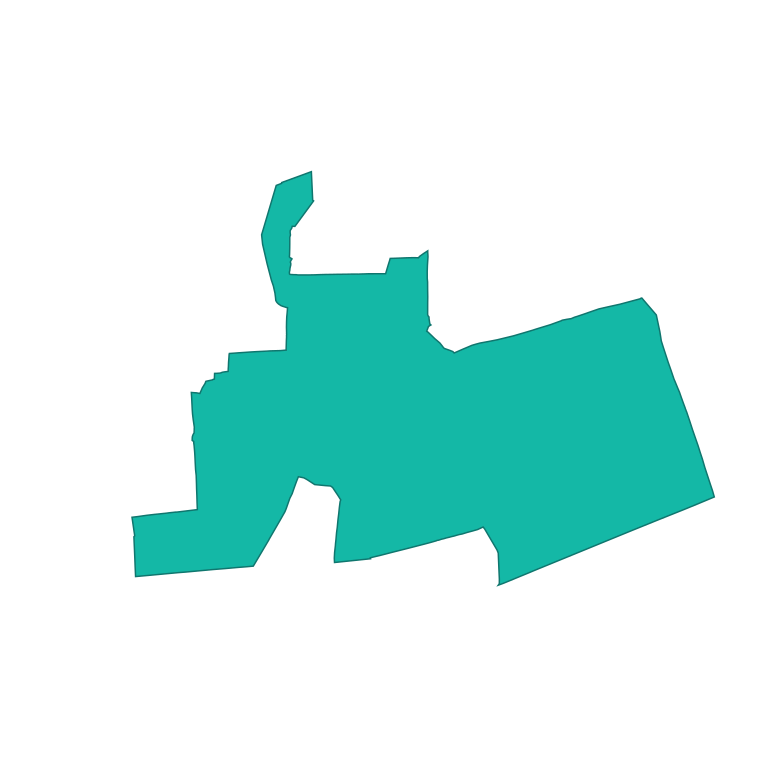 the district of Teoloyucan, México, Mexico, rotated 75°
{"feature_id": "50627088B68234574802161", "entity_name": "Teoloyucan", "entity_type": "district", "adm_level": 2, "iso_a3": "MEX", "parent_name": "Mexico", "parent_adm1": "México", "projection": "equal_earth", "projection_center": [-99.177, 19.758], "detail": "fine", "context": "isolated", "style": "filled", "palette": "teal", "viewbox_px": 768, "rotation_deg": 75, "n_neighbors": 0, "source": "geoboundaries", "source_scale": "gbopen_adm2", "svg_char_len": 5072}
<svg xmlns="http://www.w3.org/2000/svg" viewBox="0 0 768 768"><g transform="rotate(75 384 384)"><path d="M254.4,465.9L260.7,465.5L265.4,465.7L267.9,465.8L272.3,466.4L275.2,466.9L276.7,466.6L277.9,466.1L279.4,465.2L281.1,463.7L281.4,463.5L282.7,461.8L283.3,460.8L284.9,458.4L285.3,457.4L290.1,459.1L294.1,460.6L298.6,462.0L303.8,463.5L304.2,463.6L306.7,464.2L308.3,464.6L309.6,464.9L310.1,465.1L310.6,465.1L312.2,465.7L313.2,465.9L316.6,467.0L326.0,469.8L325.7,471.1L324.9,475.6L322.9,484.0L322.4,486.2L322.0,488.3L321.7,489.7L321.3,491.6L319.8,498.5L318.6,504.3L317.6,509.5L317.4,510.5L316.1,517.1L315.4,520.9L314.5,525.5L315.5,526.0L318.5,527.0L322.7,528.5L326.9,529.8L329.2,530.6L330.7,531.0L331.5,531.3L331.1,534.2L330.9,536.0L330.8,537.5L331.0,538.2L331.0,539.7L330.4,542.8L329.9,544.9L335.4,546.6L335.3,547.8L335.6,548.6L335.6,549.1L335.3,555.3L336.2,556.1L336.6,556.1L339.9,559.6L340.5,560.3L345.5,564.3L344.1,567.2L343.2,569.8L342.3,572.3L347.8,573.4L353.3,574.6L358.8,575.8L363.4,576.7L369.0,577.5L376.6,578.4L378.4,579.0L378.6,579.0L382.1,580.1L382.7,580.8L383.7,581.7L385.0,582.6L386.2,583.1L387.5,583.5L388.9,583.9L390.2,582.7L392.1,583.1L393.1,583.2L394.5,583.4L400.7,584.5L404.2,585.2L410.6,586.6L418.1,588.2L423.8,589.1L432.0,591.0L436.5,592.1L443.2,593.6L449.9,595.2L456.5,596.7L457.0,596.8L457.0,597.0L456.0,604.0L455.0,611.0L454.0,618.0L453.9,618.0L453.8,618.3L453.5,620.4L452.9,624.2L452.6,626.4L452.4,628.0L451.9,631.0L451.5,633.7L450.5,639.8L449.4,647.4L448.3,656.4L447.5,661.9L466.2,664.1L466.8,665.1L469.0,665.6L475.3,667.0L481.6,668.4L487.9,669.8L496.2,671.7L505.7,673.8L507.8,661.7L509.1,654.1L510.4,646.5L511.7,638.9L513.0,631.3L514.4,623.8L515.7,616.2L517.0,608.6L517.4,606.3L518.9,597.5L521.0,586.1L521.2,585.0L523.4,572.4L524.8,564.9L526.1,557.4L515.6,546.6L504.7,535.5L504.4,535.3L490.0,520.9L481.8,512.8L479.2,510.8L470.1,504.6L466.2,501.1L461.0,497.6L455.7,493.9L451.4,490.7L453.9,485.7L456.6,482.9L463.2,477.0L467.0,466.9L467.1,466.6L468.7,462.0L470.7,460.4L474.3,459.2L479.8,457.3L484.7,455.8L486.4,456.9L491.5,459.0L497.3,461.2L503.0,463.5L510.5,466.3L515.3,468.3L522.2,470.8L525.5,472.1L527.8,472.9L533.9,475.3L539.4,477.1L543.6,478.0L548.7,446.1L549.3,442.2L548.7,442.2L548.3,442.2L548.6,430.6L548.7,419.0L548.9,405.6L549.0,396.2L549.1,384.6L549.1,380.1L549.0,374.3L549.0,374.0L548.8,373.5L549.0,371.5L548.8,368.9L548.9,366.1L548.8,363.5L548.9,360.8L548.9,358.0L549.0,355.5L548.9,352.7L548.9,350.2L549.1,347.3L549.0,344.6L548.9,342.1L548.9,339.5L548.9,336.3L548.8,331.2L547.8,325.3L550.0,324.3L573.5,317.8L576.8,317.4L602.4,323.1L606.7,324.3L607.9,325.7L607.4,320.2L605.9,308.7L604.9,301.1L603.9,293.3L603.0,286.8L599.7,260.9L596.4,235.1L593.1,209.3L589.8,183.5L586.3,155.2L582.9,126.8L580.8,110.5L578.6,94.2L572.3,94.3L565.8,94.7L558.5,95.1L547.8,95.7L543.3,95.8L538.7,95.9L531.8,96.3L524.8,96.6L516.6,97.2L508.4,97.8L498.8,98.3L489.2,98.9L488.1,99.1L487.4,99.1L486.0,99.3L485.1,99.3L479.9,99.8L474.0,100.3L468.4,100.7L464.2,101.3L456.4,102.3L454.6,102.6L445.4,103.2L441.4,103.5L436.3,103.9L426.7,104.4L421.1,104.7L414.1,105.0L409.6,104.5L404.7,104.0L397.0,103.6L387.8,103.1L381.7,106.0L375.7,108.9L369.6,111.8L367.7,112.7L367.6,113.6L368.0,114.2L368.0,121.3L368.0,128.5L368.0,135.6L367.5,146.6L367.1,157.0L367.6,164.2L368.2,172.1L368.7,180.0L368.8,182.8L369.3,186.2L368.8,191.0L368.5,195.4L368.8,196.5L369.8,208.2L370.2,220.2L370.6,229.3L370.8,237.9L371.0,246.6L370.8,255.0L370.6,263.3L370.0,271.9L369.3,280.6L369.3,282.2L369.3,284.8L369.4,289.0L370.0,293.2L370.7,298.3L372.2,308.2L371.9,308.4L371.2,308.7L370.4,309.2L369.4,310.6L368.7,311.5L365.5,316.2L364.6,317.0L361.9,318.1L360.3,318.8L358.9,319.4L353.2,323.3L349.3,325.6L346.2,327.5L345.1,328.2L344.1,329.1L340.0,326.2L339.6,325.1L339.1,323.4L338.6,323.7L338.7,324.0L338.2,324.2L336.3,324.0L332.6,323.6L331.8,323.4L330.9,323.2L329.5,323.8L328.3,323.9L327.2,323.6L316.5,320.7L311.2,319.2L304.0,317.4L296.8,315.5L293.2,314.9L290.2,314.1L286.4,313.1L280.5,311.3L272.5,308.6L270.7,308.2L268.2,307.7L266.7,307.3L268.3,312.2L269.7,315.9L270.0,316.7L271.0,318.0L269.5,323.2L268.0,329.4L265.4,340.9L264.3,345.5L265.0,345.9L266.1,346.6L266.5,346.8L268.0,347.8L271.2,349.8L277.9,353.9L273.7,369.7L273.4,370.9L272.4,375.3L272.0,376.8L271.9,377.5L271.5,379.0L271.4,379.7L270.6,382.5L270.4,383.3L269.6,386.3L268.8,389.5L268.1,392.4L267.8,393.4L267.5,394.5L266.9,397.2L266.2,399.7L264.4,407.0L263.5,410.5L263.4,410.8L261.4,419.2L261.0,421.0L260.8,422.0L260.0,425.2L259.2,428.5L256.4,438.9L255.7,440.5L254.9,443.3L254.5,444.4L254.2,445.4L253.7,446.6L253.2,446.8L252.0,446.6L251.0,446.2L249.5,445.4L248.7,445.2L247.4,444.6L245.9,443.8L245.0,443.3L243.7,442.9L243.0,442.8L242.4,443.0L241.4,442.6L240.2,441.5L239.6,440.7L239.1,440.5L238.4,441.3L237.9,441.9L237.4,442.2L236.7,442.5L234.8,441.8L228.7,440.0L224.1,438.7L217.8,437.0L215.9,435.8L213.6,435.5L211.8,435.0L210.9,434.3L209.9,433.0L207.9,431.8L208.7,429.3L188.9,404.6L188.0,405.3L160.1,399.2L162.9,430.7L163.7,430.9L164.3,436.7L208.2,463.6L217.6,465.1L237.6,465.8L254.4,465.9Z" fill="#14b8a6" stroke="#0f766e" stroke-width="1.5"/></g></svg>